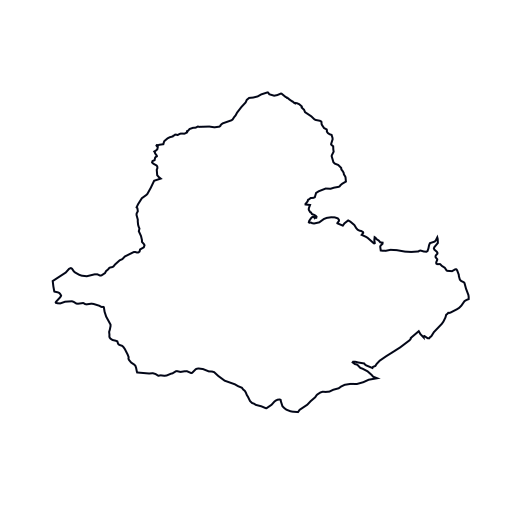 Provita De Jos, Prahova, Romania, rotated 352°
{"feature_id": "2599482B19727908456593", "entity_name": "Provita De Jos", "entity_type": "district", "adm_level": 2, "iso_a3": "ROU", "parent_name": "Romania", "parent_adm1": "Prahova", "projection": "natural_earth1", "projection_center": [25.674, 45.11], "detail": "fine", "context": "isolated", "style": "outline", "palette": "ink", "viewbox_px": 512, "rotation_deg": 352, "n_neighbors": 0, "source": "geoboundaries", "source_scale": "gbopen_adm2", "svg_char_len": 6107}
<svg xmlns="http://www.w3.org/2000/svg" viewBox="0 0 512 512"><g transform="rotate(352 256 256)"><path d="M275.9,416.4L277.8,414.4L286.1,410.4L290.0,407.3L295.0,404.1L296.5,402.4L297.4,401.7L300.8,400.1L303.2,399.7L306.0,400.3L309.8,400.5L313.9,399.2L319.5,398.5L322.1,397.1L325.9,395.9L331.6,395.8L338.1,396.8L344.7,395.9L350.4,394.2L358.9,393.9L355.2,391.8L353.9,389.8L350.4,385.7L345.8,382.4L343.7,381.3L341.5,378.2L340.5,377.4L338.9,376.8L336.9,374.8L337.5,374.2L339.8,374.6L342.2,375.6L348.2,377.5L348.7,378.5L349.8,379.6L355.7,383.1L355.9,382.7L356.4,382.1L358.9,381.5L360.4,379.7L363.9,376.9L370.9,373.4L386.0,366.6L396.4,360.8L397.8,359.4L397.9,358.7L406.7,353.1L407.9,356.2L410.6,359.9L410.6,358.9L411.6,358.7L414.5,361.3L416.0,361.6L417.2,360.5L418.4,359.9L421.6,356.1L430.5,349.1L432.4,347.1L435.0,343.3L436.2,340.6L437.4,340.0L438.5,339.0L439.7,339.3L441.0,339.0L447.6,336.7L450.0,335.6L452.5,333.7L456.2,329.7L458.4,328.8L460.6,328.3L460.9,326.3L460.9,324.2L459.4,317.5L458.7,311.8L458.1,310.9L455.7,309.3L454.6,307.8L454.1,304.2L454.2,302.8L453.2,298.3L452.6,297.1L451.5,296.9L448.0,298.3L443.3,297.3L442.7,296.8L441.3,293.9L438.6,291.6L437.4,289.9L437.0,289.6L434.3,289.3L433.5,288.6L433.6,287.3L435.0,284.9L435.0,284.4L433.7,282.3L433.7,281.5L434.1,280.5L436.0,278.9L436.1,278.0L435.6,276.9L433.5,274.5L433.2,273.2L433.9,272.0L437.9,268.4L438.3,264.5L438.1,262.8L436.2,265.6L434.9,266.6L430.0,267.5L428.9,269.4L427.8,272.5L426.5,275.0L425.3,275.5L422.8,274.9L419.7,273.5L418.4,273.6L417.5,274.1L410.3,273.6L404.2,272.4L396.2,269.8L390.0,268.6L385.3,268.9L382.1,268.4L380.3,267.9L380.3,264.1L380.8,263.1L383.0,261.5L383.2,260.4L381.0,259.8L379.7,257.8L377.6,256.0L376.9,254.6L376.1,253.9L375.4,256.6L375.4,259.8L374.9,260.0L374.4,259.8L369.0,253.5L367.4,252.2L363.6,249.8L365.4,248.0L365.3,247.2L363.7,245.9L362.0,245.3L360.3,244.1L359.1,242.3L357.7,239.0L354.2,235.1L352.2,233.6L348.1,236.0L346.2,238.0L341.2,235.0L341.1,234.8L343.1,232.7L343.1,231.6L342.2,230.1L339.3,228.7L335.8,228.1L331.4,228.1L328.4,228.8L323.3,231.5L318.0,231.9L316.1,231.3L315.0,230.5L313.5,230.5L313.0,230.0L313.6,228.6L314.6,227.5L315.9,226.1L317.4,225.1L318.9,225.5L319.4,226.7L320.1,226.3L321.0,226.5L321.4,225.5L320.8,224.6L319.5,223.5L317.2,222.2L316.5,220.5L315.8,220.2L314.8,217.9L314.7,217.0L315.1,215.8L316.6,213.0L312.2,211.9L312.2,211.4L314.8,209.0L315.1,208.0L315.5,207.5L316.6,207.2L318.1,206.2L320.9,206.4L322.4,206.0L324.3,201.9L327.2,200.6L334.4,198.9L339.2,199.8L342.7,199.2L347.5,199.0L348.5,198.7L349.4,197.7L351.5,196.4L355.4,194.8L355.6,190.4L355.3,189.4L354.4,187.4L354.4,186.0L353.8,184.3L352.6,182.2L352.6,180.6L350.1,177.3L346.9,175.5L345.7,173.9L344.8,167.6L345.1,166.8L347.4,163.5L347.4,161.1L347.7,158.1L346.2,156.5L345.9,155.7L348.1,151.1L348.2,149.8L347.7,146.6L345.9,145.7L344.3,144.3L343.5,142.7L343.7,141.2L343.6,140.5L341.2,138.8L339.6,135.5L339.3,134.4L339.5,132.4L339.3,131.9L338.1,131.0L333.8,129.5L332.7,128.6L330.2,125.4L324.6,120.4L323.9,117.8L321.9,115.4L322.2,114.9L322.1,114.2L319.9,111.7L317.8,110.4L316.2,109.9L316.0,110.3L315.0,109.6L313.7,108.0L313.4,108.0L310.5,105.3L309.9,104.4L308.7,103.8L308.6,103.3L307.5,102.7L303.9,98.8L303.3,98.6L299.5,99.6L296.3,99.8L291.7,97.7L290.7,95.8L290.1,95.6L283.7,96.7L279.9,98.2L275.3,98.7L271.2,98.5L268.6,100.1L267.1,102.5L262.3,106.4L257.2,111.4L255.3,114.0L253.8,115.3L251.8,117.6L250.6,118.2L241.6,120.0L240.2,120.7L239.0,121.7L238.8,122.2L237.8,122.8L232.8,122.8L227.7,121.3L217.6,120.2L216.5,119.7L214.1,120.5L211.4,120.3L207.9,121.0L206.2,122.5L205.0,122.8L204.9,123.2L205.1,123.7L204.8,124.1L202.2,124.9L198.6,124.3L197.4,124.5L195.2,125.3L193.5,124.6L192.7,124.6L192.1,125.1L190.8,125.4L190.3,126.0L187.1,126.4L184.8,127.2L181.3,129.4L180.7,130.3L179.8,132.4L175.6,132.4L174.7,132.7L173.3,132.3L172.8,132.8L173.2,133.6L173.9,134.1L173.9,134.5L173.1,136.6L171.7,137.6L169.8,138.4L170.3,139.4L170.4,140.4L171.7,142.8L171.7,143.5L170.4,144.0L169.8,144.6L168.9,147.0L166.8,147.5L166.1,148.8L166.4,149.4L167.3,150.4L170.1,152.5L170.5,153.2L170.7,153.9L170.6,155.2L169.7,156.8L169.4,162.3L170.8,164.4L172.4,166.1L165.6,167.3L161.3,173.8L157.0,179.5L155.9,180.3L151.0,182.9L146.5,188.2L144.5,191.2L145.2,192.2L145.2,195.2L143.7,197.3L143.4,198.7L144.0,203.5L143.7,205.5L143.6,208.7L143.9,210.8L144.4,212.6L143.4,215.2L144.9,220.2L145.3,224.5L145.1,225.4L145.1,226.3L146.6,228.5L147.1,229.8L146.1,231.8L142.1,233.4L141.3,235.4L140.1,236.1L138.6,236.0L136.9,235.2L135.4,235.1L126.1,238.2L123.2,240.5L120.4,241.3L115.2,244.8L113.3,246.6L111.9,247.0L109.9,247.1L108.9,247.5L107.8,248.6L105.4,250.1L104.1,251.9L100.3,253.7L98.9,253.7L96.4,252.1L93.6,251.7L85.6,252.5L80.6,251.2L78.3,250.0L74.4,247.0L73.4,245.8L72.1,243.1L71.5,242.5L70.8,242.2L69.1,242.7L65.3,245.9L51.2,252.5L51.1,258.0L51.3,262.9L51.4,263.2L54.7,264.4L56.0,265.2L56.7,266.2L57.5,268.0L57.1,268.8L56.0,269.9L51.6,273.5L51.2,274.0L51.4,274.6L53.3,275.3L55.6,275.7L60.6,274.7L67.4,275.2L69.0,276.0L71.5,278.1L73.1,278.5L78.2,278.5L78.7,278.7L80.0,279.8L81.4,280.3L86.4,280.3L88.5,280.9L93.8,283.4L95.8,284.9L97.9,285.2L98.2,285.6L98.3,290.2L99.2,295.2L102.4,303.7L102.2,305.2L101.0,308.6L100.0,310.7L99.9,313.6L99.6,315.2L99.7,316.4L100.4,317.6L102.2,319.2L105.1,320.3L106.8,321.2L107.2,323.6L107.6,324.3L108.3,325.0L110.9,326.3L112.0,327.6L113.2,330.0L115.2,335.8L115.8,338.4L115.4,340.0L115.8,341.3L117.5,344.1L120.4,346.7L121.3,348.0L121.7,350.1L121.9,353.5L122.1,354.8L133.8,357.5L137.5,357.7L140.1,358.9L142.6,361.0L145.0,360.9L148.7,361.9L150.9,361.9L155.5,360.7L157.0,360.6L160.6,359.0L161.7,359.0L165.1,360.3L169.4,360.2L171.6,360.5L175.5,362.9L176.5,362.8L180.6,359.7L181.9,359.4L183.5,359.4L187.8,360.6L193.2,363.7L196.4,364.3L198.4,365.2L201.9,369.5L207.6,375.1L217.2,380.1L220.1,382.4L223.7,384.5L224.7,386.4L226.1,387.9L226.9,389.7L227.6,392.5L228.4,394.2L229.9,398.8L231.6,401.0L233.5,402.0L235.1,403.4L240.4,405.6L244.4,408.0L245.2,408.2L250.7,405.5L254.0,402.7L255.7,401.8L257.5,401.3L259.6,401.4L260.4,402.0L260.4,403.4L261.3,408.5L262.9,410.6L264.7,412.4L268.4,414.5L270.4,415.2L275.9,416.4Z" fill="none" stroke="#020617" stroke-width="2"/></g></svg>